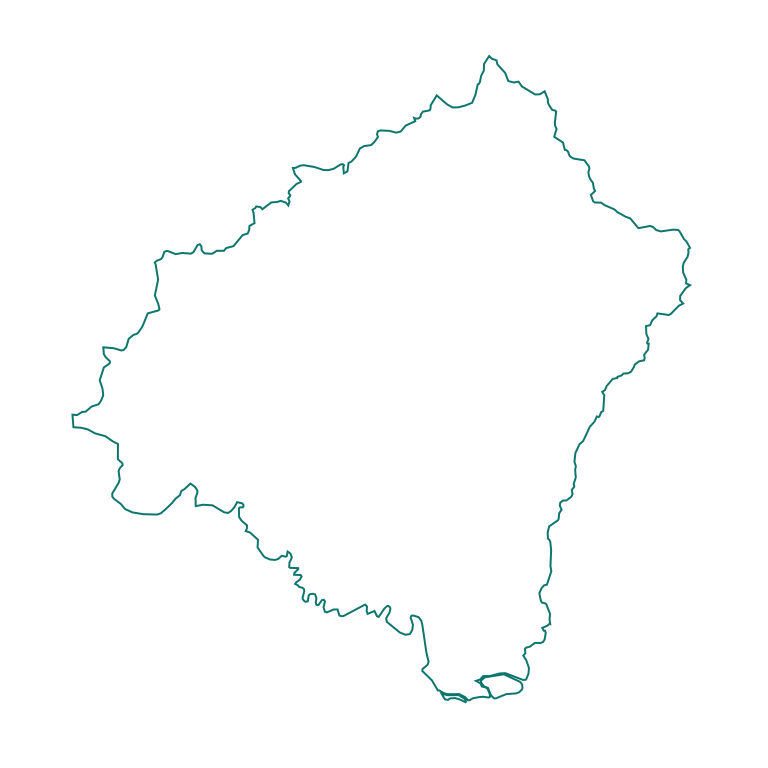 Tosagua, Manabi, Ecuador (Albers equal-area conic projection), rotated 177°
{"feature_id": "8360857B34654590669506", "entity_name": "Tosagua", "entity_type": "district", "adm_level": 2, "iso_a3": "ECU", "parent_name": "Ecuador", "parent_adm1": "Manabi", "projection": "albers", "projection_center": [-80.266, -0.776], "detail": "fine", "context": "isolated", "style": "outline", "palette": "teal", "viewbox_px": 768, "rotation_deg": 177, "n_neighbors": 0, "source": "geoboundaries", "source_scale": "gbopen_adm2", "svg_char_len": 6084}
<svg xmlns="http://www.w3.org/2000/svg" viewBox="0 0 768 768"><g transform="rotate(177 384 384)"><path d="M616.2,466.9L622.4,453.8L626.9,448.0L628.7,446.8L631.4,446.3L636.6,442.5L639.4,434.5L642.1,431.6L644.5,431.2L652.0,433.9L662.4,435.3L662.2,428.4L660.5,425.3L656.7,421.2L656.5,419.8L657.2,418.7L662.9,415.2L667.7,402.6L665.4,394.3L665.0,388.6L665.2,386.8L667.7,381.7L670.2,378.7L677.1,376.8L683.4,372.0L686.9,371.9L692.2,369.0L696.7,369.7L696.4,357.1L688.5,356.1L682.2,354.2L675.3,349.9L664.9,346.4L658.0,341.0L652.8,338.0L653.7,323.6L653.5,322.6L649.5,318.6L649.2,316.8L652.3,313.7L653.6,310.8L652.9,302.5L654.1,299.3L661.1,288.9L661.2,285.8L659.8,283.6L653.2,278.1L649.0,272.6L641.8,268.9L631.2,266.6L617.5,265.5L613.7,266.5L608.5,270.5L601.9,276.2L598.3,280.3L593.6,283.6L591.9,287.8L588.7,289.5L582.5,294.7L578.1,291.1L576.0,287.5L576.1,285.0L578.2,280.1L578.4,271.9L571.1,272.9L561.6,271.8L550.3,264.2L546.4,263.4L543.1,265.4L539.7,269.0L536.8,273.7L531.8,272.2L530.8,270.8L530.7,269.1L531.4,268.3L534.8,268.2L535.4,267.3L535.7,258.8L533.5,255.1L528.2,249.9L528.5,246.9L529.8,244.3L525.7,242.8L518.0,235.1L518.8,227.3L513.2,218.4L511.8,217.0L506.9,214.7L501.9,214.0L498.7,214.9L495.1,217.8L491.7,216.8L490.2,217.0L489.0,221.7L486.3,219.5L485.1,215.5L487.8,210.6L488.2,205.9L487.3,205.3L479.3,204.6L479.3,203.7L483.5,199.9L483.7,198.2L477.2,197.6L476.4,196.1L478.2,193.0L482.2,190.4L483.2,189.0L480.4,187.3L479.4,185.8L476.1,184.8L474.7,183.4L474.4,181.5L476.5,174.7L476.4,173.4L474.8,171.3L473.8,170.6L471.5,171.0L470.2,176.9L469.0,177.9L466.4,178.3L463.8,177.5L462.7,173.7L463.6,169.3L463.0,167.0L461.0,166.7L457.3,171.4L455.4,171.7L454.3,170.0L456.1,164.3L454.9,159.7L453.1,158.9L445.9,161.5L442.2,161.3L440.7,155.2L438.9,154.4L436.6,154.4L414.4,164.7L412.6,162.7L413.2,158.3L412.4,155.3L405.4,157.8L403.2,152.6L401.5,151.7L395.4,159.7L392.5,162.1L391.1,162.0L389.7,160.8L389.4,159.1L390.4,155.6L394.1,149.9L393.7,146.4L381.3,135.1L375.9,132.5L371.3,132.9L368.7,136.7L367.7,142.0L369.6,149.4L369.2,150.5L368.5,151.3L366.6,151.2L361.6,149.3L359.2,145.7L358.4,142.0L355.7,113.4L354.0,104.3L355.1,101.4L360.4,97.4L360.8,95.4L351.7,85.6L346.2,75.1L344.8,75.1L340.8,72.4L337.3,71.0L325.1,70.4L319.4,67.1L316.7,63.9L315.3,63.6L311.9,65.4L306.1,66.3L301.4,66.5L295.9,65.4L294.4,66.2L294.8,69.5L296.7,74.4L298.7,75.8L302.1,76.8L303.5,80.1L307.7,82.7L303.6,83.8L300.3,87.1L293.3,86.9L283.6,88.9L278.0,88.9L260.6,81.2L258.1,81.2L257.3,81.9L254.9,87.1L254.1,92.8L256.4,100.7L259.1,105.5L257.0,107.7L257.0,112.3L255.9,113.3L252.0,114.1L246.9,117.5L241.1,117.2L238.7,118.0L236.9,120.6L235.5,127.0L236.1,129.3L237.4,129.3L238.7,132.1L233.5,134.1L231.2,135.9L230.6,135.6L231.0,140.5L230.2,145.6L233.4,155.4L234.0,156.3L237.8,157.5L238.8,159.8L239.8,167.0L237.3,171.9L234.6,174.6L231.8,175.1L226.7,188.2L227.3,193.5L225.8,209.2L226.2,217.5L226.9,219.6L228.4,221.0L228.3,227.3L226.5,233.2L217.4,238.8L216.7,240.1L215.8,245.8L213.3,249.0L214.8,253.4L214.2,256.3L211.5,258.2L207.8,258.2L203.0,261.5L201.5,264.0L202.0,268.4L199.4,271.4L199.7,274.6L197.4,280.5L197.6,288.3L196.7,291.9L197.9,296.3L196.5,305.0L191.9,313.7L188.1,316.6L180.5,330.8L175.9,335.2L173.1,340.5L171.3,339.8L170.5,340.4L168.6,344.5L166.5,345.7L164.6,361.1L166.5,364.7L163.6,366.4L161.7,370.4L155.2,377.2L150.8,377.7L150.5,378.9L146.3,380.1L144.3,381.9L139.9,381.9L136.7,383.3L133.3,388.2L132.7,390.2L128.2,393.2L123.0,394.1L122.3,396.5L122.7,399.6L118.5,404.4L117.7,409.3L117.6,410.5L118.7,410.5L119.2,411.3L117.5,415.1L119.4,420.2L119.3,428.1L115.2,428.8L112.9,433.5L108.3,437.4L107.2,440.2L96.0,438.0L94.2,438.7L85.4,446.8L81.0,448.7L83.9,452.2L83.6,456.5L77.6,463.9L73.2,466.7L77.1,468.6L76.6,472.4L79.4,479.5L79.5,485.4L78.4,489.2L74.2,495.2L73.1,498.8L73.1,502.6L71.3,503.9L74.5,510.5L76.8,513.0L81.1,521.4L82.4,522.5L87.3,523.0L99.6,521.9L104.1,523.5L106.9,526.5L109.9,527.9L121.8,526.3L129.5,536.6L133.8,538.3L141.9,543.4L144.8,546.3L154.0,550.9L157.9,553.8L163.9,554.2L165.6,555.6L167.5,562.0L163.1,565.7L164.2,568.2L164.8,573.8L167.5,578.1L168.5,581.1L168.8,585.0L167.6,588.4L167.9,590.5L172.1,596.9L182.9,599.2L185.6,601.0L186.8,602.3L188.1,606.5L190.1,608.4L191.2,608.4L192.6,615.7L201.1,622.0L198.3,629.7L199.6,632.9L199.7,636.0L197.8,647.1L199.0,648.2L201.8,649.0L204.6,653.9L205.5,656.3L205.5,660.0L208.3,667.9L213.1,665.2L217.9,665.2L230.7,673.9L233.8,678.9L238.5,678.3L244.0,680.0L246.7,688.3L254.0,697.2L254.8,701.4L259.1,703.1L261.8,706.0L267.4,698.3L267.9,691.7L270.9,686.6L272.3,680.9L273.5,678.7L274.7,678.3L277.5,668.2L281.3,660.2L288.4,657.8L295.3,656.4L301.1,656.6L306.3,659.9L316.2,669.4L322.8,659.9L323.2,656.4L324.1,654.9L331.0,653.9L333.0,651.4L333.6,648.9L335.6,647.4L338.3,647.3L340.0,648.1L339.0,644.8L348.9,640.9L354.1,635.2L358.9,634.4L365.3,636.5L374.2,637.4L376.9,636.7L377.9,633.8L377.1,631.0L381.1,626.0L384.5,623.2L391.2,622.7L395.7,620.5L400.0,612.6L404.8,607.9L407.8,606.6L409.4,598.2L413.1,596.5L413.3,603.1L412.4,604.6L413.7,605.7L416.1,605.4L422.9,601.6L428.2,600.5L433.0,600.8L442.0,604.3L452.6,606.7L456.5,606.4L460.9,604.5L463.6,604.5L461.9,598.0L456.3,591.0L456.5,590.1L460.8,588.4L468.8,581.6L469.2,579.5L467.7,577.4L468.0,576.4L470.0,574.5L468.8,571.2L470.2,567.3L472.5,570.3L477.6,572.3L481.4,571.3L486.9,571.3L496.3,564.9L498.3,567.2L502.3,568.0L503.3,566.4L506.2,564.9L505.3,561.9L504.9,551.4L510.1,548.9L510.6,544.9L512.2,541.4L517.4,540.1L527.0,529.6L534.5,528.0L536.9,525.4L544.1,525.8L548.0,523.4L549.8,523.1L556.6,523.9L559.0,527.0L559.2,531.1L560.6,533.2L562.9,532.5L567.5,525.5L570.1,524.3L578.7,525.4L585.2,524.6L592.6,527.9L594.1,528.3L596.5,527.4L598.5,522.3L600.1,520.4L604.3,519.0L606.6,517.3L605.8,515.4L604.1,500.1L608.2,484.4L605.3,476.0L604.3,470.2L605.7,469.2L616.2,466.9ZM279.5,87.8L298.6,85.8L302.8,82.6L302.6,80.7L300.0,76.9L296.0,75.0L293.4,67.5L290.8,64.5L289.1,64.1L278.1,67.9L268.2,68.1L265.0,69.2L262.2,71.7L261.6,73.4L261.8,76.7L263.6,79.4L279.5,87.8ZM319.3,62.0L318.7,62.7L319.8,65.3L325.6,69.4L336.9,69.9L342.7,71.7L339.7,66.0L336.6,65.2L334.6,66.5L329.7,66.7L324.8,65.0L319.3,62.0Z" fill="none" stroke="#0f766e" stroke-width="2"/></g></svg>